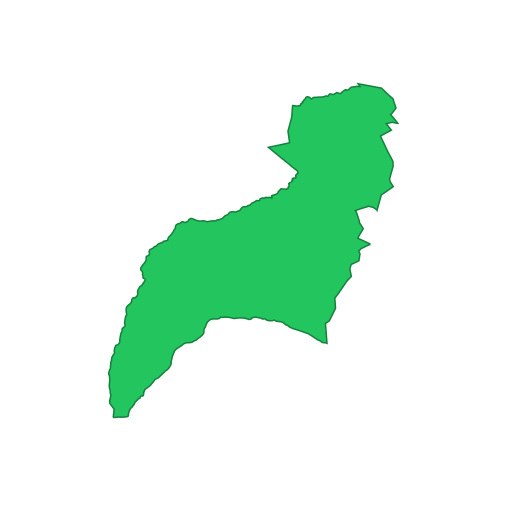 Bulilima, Matabeleland South, Zimbabwe, rotated 291°
{"feature_id": "62879985B39326733261715", "entity_name": "Bulilima", "entity_type": "district", "adm_level": 2, "iso_a3": "ZWE", "parent_name": "Zimbabwe", "parent_adm1": "Matabeleland South", "projection": "robinson", "projection_center": [27.403, -20.155], "detail": "fine", "context": "isolated", "style": "filled", "palette": "green", "viewbox_px": 512, "rotation_deg": 291, "n_neighbors": 0, "source": "geoboundaries", "source_scale": "gbopen_adm2", "svg_char_len": 6094}
<svg xmlns="http://www.w3.org/2000/svg" viewBox="0 0 512 512"><g transform="rotate(291 256 256)"><path d="M409.0,236.4L398.4,239.6L384.0,241.1L373.9,246.7L373.2,246.0L361.9,228.6L355.9,246.4L355.8,247.4L355.3,248.5L353.5,254.2L352.3,257.4L350.2,264.3L348.5,265.5L347.5,264.9L346.8,264.9L346.0,264.2L344.9,264.4L343.8,265.1L343.1,265.0L342.8,264.6L342.2,263.0L341.3,262.3L340.8,262.4L340.5,263.1L340.3,263.2L339.5,262.5L338.9,262.8L338.2,262.7L337.0,261.9L336.4,261.2L335.4,260.6L334.9,260.8L334.2,261.5L333.7,261.8L332.0,261.4L330.8,261.7L330.2,261.0L329.3,260.7L329.1,260.2L328.7,258.4L328.0,256.8L327.9,255.7L327.4,255.0L325.1,254.3L324.4,253.7L323.6,253.8L322.6,253.8L321.3,253.0L320.6,252.4L318.5,249.6L317.9,249.0L317.5,249.1L316.9,249.7L316.0,250.2L315.7,249.6L315.8,248.4L315.6,247.9L315.5,247.3L315.2,246.8L314.6,246.1L314.5,244.8L314.3,244.1L314.0,243.8L314.0,243.7L312.8,243.1L312.7,242.7L312.8,241.9L312.1,240.6L311.5,240.0L310.6,239.3L309.8,239.5L309.3,239.5L308.4,238.2L308.1,236.9L307.9,236.5L306.1,235.4L303.8,233.1L301.9,232.5L301.3,232.1L300.3,230.5L298.7,229.4L297.2,226.2L295.5,225.2L293.6,224.9L292.0,223.9L291.2,222.7L290.3,221.9L289.6,220.9L288.8,217.7L287.6,216.1L287.2,215.7L285.1,215.1L284.3,214.5L282.2,212.5L279.1,211.2L278.1,210.2L277.1,209.0L275.3,206.3L275.0,206.0L274.3,205.9L273.4,203.2L272.1,200.6L270.7,198.7L270.5,197.8L270.2,194.9L270.0,194.2L268.3,190.9L268.2,189.7L267.9,188.1L267.9,185.3L268.1,184.1L267.9,182.2L267.1,181.1L266.4,180.4L264.7,180.2L264.0,179.9L262.0,178.1L261.7,177.3L261.8,175.6L261.5,174.7L259.0,173.1L258.3,171.8L256.9,170.7L256.2,170.3L255.0,170.2L253.7,170.5L253.2,170.7L252.7,170.7L252.2,170.6L251.9,170.3L249.2,170.0L246.1,169.3L244.2,168.6L242.3,167.7L240.4,167.6L239.1,167.8L238.6,167.4L236.7,164.6L236.2,164.1L235.0,163.7L234.5,163.2L233.9,162.1L232.9,161.1L231.6,160.1L229.4,159.3L228.8,158.3L227.6,157.4L226.5,157.2L225.7,156.3L225.0,155.9L224.2,154.9L223.5,154.5L221.7,154.6L219.8,155.9L218.0,155.4L216.4,153.9L215.5,153.8L213.9,154.6L211.9,154.9L209.0,154.2L207.6,153.6L205.1,153.1L203.8,152.7L202.2,153.2L201.7,153.5L200.8,155.4L199.8,156.1L197.9,156.7L196.3,158.0L195.3,158.2L194.9,158.9L194.7,160.6L194.3,161.2L193.8,161.3L192.1,160.8L190.2,160.7L190.2,160.4L188.0,160.0L185.5,158.5L182.7,158.0L180.4,158.1L178.7,159.0L176.2,159.5L176.0,159.4L175.4,158.7L174.4,158.6L173.6,158.2L173.0,156.3L171.8,155.8L170.6,155.7L168.9,156.2L167.6,156.0L166.1,155.5L164.1,154.3L161.9,153.5L160.7,153.6L158.9,154.1L156.9,155.1L155.5,156.0L154.9,156.3L152.8,156.0L151.5,156.1L147.7,157.0L146.8,157.1L144.1,158.8L143.7,158.8L142.7,158.4L140.3,157.1L139.6,157.2L138.8,157.6L137.4,157.9L135.6,157.6L134.0,157.8L132.2,158.2L128.5,158.9L127.1,159.7L125.5,159.5L123.7,158.8L123.3,158.5L122.7,157.5L122.1,157.0L120.6,157.3L119.5,157.0L116.5,157.6L115.0,158.7L112.8,158.3L112.0,158.0L109.5,157.8L107.0,158.4L105.7,158.6L104.4,158.5L103.7,158.9L103.3,159.4L102.4,159.2L99.4,160.2L98.2,160.4L97.3,160.1L96.6,160.2L93.7,160.4L92.6,161.1L91.6,162.2L89.8,162.9L88.5,163.7L82.5,165.4L80.0,166.6L78.5,167.9L75.8,169.0L74.0,170.5L67.9,171.3L67.2,172.0L66.0,172.3L62.1,178.5L54.6,180.4L54.3,181.1L54.5,181.7L56.1,184.7L57.8,189.3L58.8,191.5L60.2,193.9L60.5,194.0L61.6,194.0L62.8,193.5L65.2,193.3L67.0,193.3L68.7,193.5L70.3,194.4L71.9,194.7L72.4,195.0L73.8,195.4L74.8,195.5L75.8,195.4L76.5,195.6L77.7,196.3L79.1,196.7L79.1,196.9L80.5,197.3L81.2,198.2L81.5,198.5L83.3,198.5L83.7,198.7L84.7,200.3L85.3,200.8L87.2,200.5L88.3,200.1L91.5,200.1L96.4,203.2L98.1,204.0L102.6,205.5L104.2,205.8L104.9,206.2L106.6,208.0L107.3,208.5L115.0,212.2L115.9,212.5L117.1,213.2L118.1,214.0L121.0,215.1L122.5,215.2L123.1,215.4L124.3,215.4L125.2,215.5L126.8,214.7L127.8,214.5L130.7,214.2L132.0,213.8L133.5,214.0L134.7,213.9L135.8,214.0L138.1,214.0L139.6,214.5L142.2,216.0L145.7,218.7L147.7,219.7L149.7,221.6L151.8,226.1L152.7,227.3L154.7,228.8L156.1,230.4L158.5,231.6L160.3,232.9L163.4,234.4L164.6,234.8L166.2,234.7L168.6,233.8L169.9,233.8L171.6,234.2L172.9,234.1L176.0,234.2L177.2,234.5L179.4,235.5L181.0,236.9L182.2,239.3L183.2,242.2L184.6,244.2L186.3,245.0L186.5,245.4L186.6,246.7L187.7,248.7L189.0,252.4L189.8,258.1L190.3,258.9L190.6,259.6L191.2,260.4L192.6,263.5L193.9,267.6L193.9,268.3L194.1,269.3L194.2,272.1L194.5,272.8L195.8,274.4L196.3,274.6L197.0,274.6L197.4,274.8L198.4,277.1L198.9,277.6L199.0,278.9L199.7,282.8L199.5,284.8L200.3,286.4L200.5,286.9L200.5,287.3L200.0,288.9L200.1,290.5L200.9,293.1L201.5,294.5L202.3,295.5L202.7,296.3L202.4,298.2L202.4,298.7L203.5,302.6L203.7,304.7L203.1,306.9L202.5,308.2L202.4,309.4L202.5,310.6L201.7,312.7L201.6,313.6L201.5,316.3L201.9,323.1L202.2,332.8L199.8,344.0L199.8,346.8L199.3,347.7L199.0,348.7L199.5,350.9L199.9,352.0L199.9,353.6L218.0,345.0L221.6,347.7L235.6,349.0L244.9,344.7L251.9,346.7L265.0,349.8L271.1,352.3L277.7,348.2L282.2,347.9L288.4,353.8L295.3,352.3L297.3,350.2L300.3,351.3L306.5,357.0L307.3,358.1L307.5,357.9L308.2,357.9L309.1,344.7L312.4,345.0L319.9,346.4L323.2,342.0L324.0,340.8L325.7,339.9L332.9,334.0L334.0,332.4L338.4,337.7L341.8,342.2L342.7,342.8L343.4,348.0L342.3,352.4L342.1,352.6L357.9,351.1L369.9,359.3L373.5,354.6L375.7,353.1L388.4,351.9L389.2,351.7L392.9,350.2L393.9,349.4L401.0,341.3L412.6,329.2L422.0,337.3L426.2,330.1L429.7,335.4L430.4,340.0L430.7,340.8L433.6,336.0L436.3,330.9L437.7,331.8L443.9,333.6L444.4,333.6L449.1,329.7L451.9,327.6L453.8,322.2L457.7,313.0L453.4,289.6L451.5,292.4L450.9,290.9L450.6,289.3L449.8,288.3L448.0,284.8L447.6,284.3L446.8,283.8L445.4,283.3L444.0,282.5L443.5,281.9L443.5,280.3L442.7,279.4L439.9,277.6L438.4,277.0L437.8,276.4L437.5,273.0L437.2,272.6L435.2,271.1L434.3,270.1L434.1,267.9L433.9,267.1L433.3,266.5L431.8,266.1L430.9,265.7L430.7,265.3L430.5,263.9L428.8,262.0L427.2,258.7L427.1,258.1L425.3,254.5L425.0,253.4L424.1,252.4L422.9,251.9L422.7,251.7L422.6,251.0L423.3,249.1L423.2,247.2L423.0,246.7L422.4,246.1L421.6,245.7L420.2,245.6L419.1,245.0L417.7,244.7L416.8,244.1L416.5,244.1L416.1,244.6L415.6,244.6L414.7,243.6L413.9,243.3L413.5,243.3L412.9,243.6L412.5,243.6L410.6,240.5L409.6,236.3L409.0,236.4Z" fill="#22c55e" stroke="#15803d" stroke-width="1.5"/></g></svg>